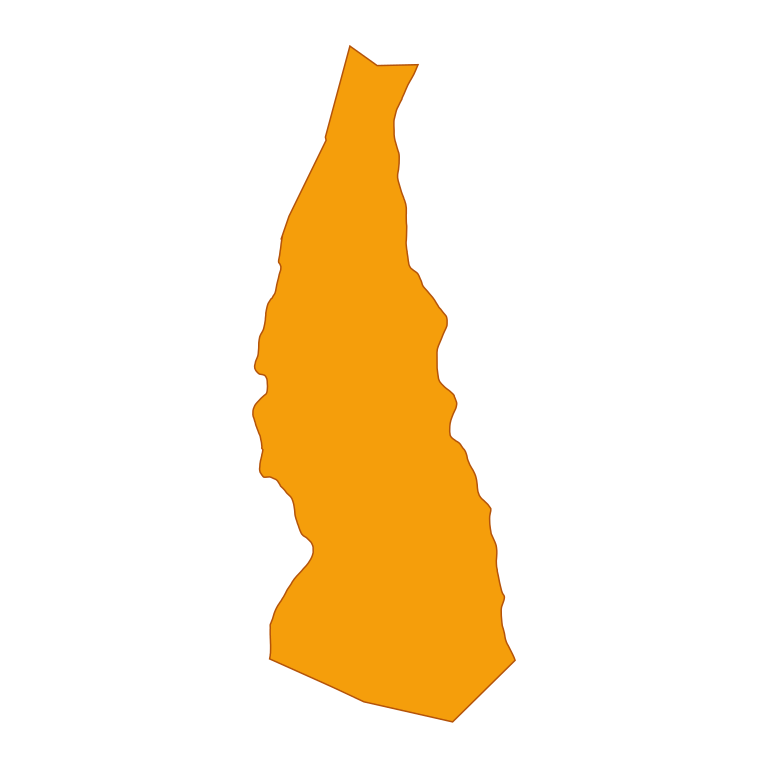 the district of Belle Vue, Choiseul, Saint Lucia
{"feature_id": "8701671B26801747706600", "entity_name": "Belle Vue", "entity_type": "district", "adm_level": 2, "iso_a3": "LCA", "parent_name": "Saint Lucia", "parent_adm1": "Choiseul", "projection": "equal_earth", "projection_center": [-61.036, 13.806], "detail": "fine", "context": "isolated", "style": "filled", "palette": "amber", "viewbox_px": 768, "rotation_deg": 0, "n_neighbors": 0, "source": "geoboundaries", "source_scale": "gbopen_adm2", "svg_char_len": 6119}
<svg xmlns="http://www.w3.org/2000/svg" viewBox="0 0 768 768"><path d="M377.2,65.6L349.9,46.1L325.4,137.1L326.1,140.3L289.0,216.2L281.5,238.0L282.1,237.6L281.8,239.3L281.4,242.1L281.1,244.1L280.9,246.1L280.5,249.2L280.2,250.9L279.6,255.5L279.0,258.5L278.7,259.9L278.6,261.0L278.6,261.9L278.8,262.6L279.8,263.9L280.2,264.7L280.9,266.7L280.8,268.9L280.7,269.9L279.7,272.9L279.2,274.6L278.4,278.3L277.7,280.9L276.8,284.6L275.7,290.6L275.1,292.8L274.5,294.1L273.3,295.8L272.1,298.1L271.0,298.9L268.9,302.2L268.4,303.0L268.0,303.8L267.5,305.3L267.1,306.7L266.5,309.3L266.0,312.1L265.8,313.1L265.8,314.9L265.4,318.4L265.4,319.3L265.2,321.1L265.0,322.0L264.8,323.5L264.0,327.2L263.5,329.1L263.0,330.4L262.1,332.1L260.9,334.1L260.2,335.6L259.7,336.9L259.4,338.6L259.2,339.6L258.8,342.8L258.7,348.0L258.2,354.0L257.8,356.0L257.1,357.8L255.6,361.4L255.2,363.5L254.8,365.0L254.6,366.1L254.7,367.2L254.8,368.3L255.2,369.2L255.5,369.9L256.4,371.3L257.8,372.8L258.6,373.5L259.3,374.0L260.0,374.2L262.5,374.6L263.7,375.0L264.4,375.2L264.8,375.5L265.4,376.1L265.9,376.9L266.7,378.5L266.9,379.1L267.2,380.9L267.3,383.5L267.5,386.2L267.4,388.2L267.2,390.6L267.0,391.7L266.8,392.5L266.3,393.6L265.9,394.1L264.1,395.5L261.0,398.3L257.0,402.6L256.0,403.8L255.5,404.4L254.8,405.6L254.5,406.2L253.4,408.9L253.2,409.9L253.0,410.8L252.9,414.8L253.1,415.7L253.2,416.5L254.0,418.5L254.7,421.1L255.2,422.4L255.7,424.6L256.2,426.1L256.5,426.7L257.1,428.5L258.0,430.7L258.5,432.2L259.0,433.5L260.0,435.6L260.2,436.3L260.4,437.4L260.6,438.3L260.7,439.1L261.4,442.2L261.6,443.7L261.7,445.2L261.9,446.1L261.8,448.3L262.9,449.7L262.4,452.7L261.9,454.5L261.7,455.9L261.5,456.7L260.9,459.3L260.5,460.7L260.2,462.7L260.0,463.7L259.8,466.9L259.6,468.5L259.6,469.4L259.7,470.3L259.8,470.9L260.0,471.6L260.2,472.4L261.1,473.7L261.5,474.5L262.9,476.3L263.2,476.7L263.8,477.1L264.6,477.2L266.0,477.2L266.5,477.1L269.7,476.9L271.1,477.3L273.2,478.3L276.0,479.5L276.6,480.0L277.7,481.1L278.2,482.0L279.9,484.6L280.4,485.8L280.9,486.4L282.9,488.3L284.3,489.8L284.9,490.5L285.8,491.8L286.9,493.2L290.3,496.4L291.1,497.4L291.6,498.2L292.0,498.9L292.9,501.3L293.7,504.2L294.1,506.5L294.6,509.9L295.0,514.7L295.3,516.2L296.0,518.8L296.8,521.1L297.5,523.5L298.3,525.5L299.0,527.7L300.1,530.7L300.7,532.0L301.1,532.9L301.7,534.0L303.0,535.4L303.4,535.8L306.4,537.6L309.3,540.4L311.2,542.4L311.9,543.8L312.7,545.6L313.1,547.1L313.2,552.3L313.1,552.9L312.4,555.4L312.1,556.2L311.6,557.4L310.6,559.4L308.2,563.2L306.3,565.6L303.4,568.7L301.6,570.9L296.7,576.1L294.1,579.2L293.7,579.9L293.3,580.4L292.4,581.7L291.0,584.2L287.5,589.3L286.6,590.9L285.7,592.8L283.6,596.7L282.4,598.5L280.9,601.1L280.4,601.7L280.0,602.3L278.0,605.3L276.8,607.4L275.7,609.6L274.7,612.0L274.1,613.6L272.6,618.7L270.8,623.3L270.5,623.9L270.2,624.9L270.2,625.8L270.3,628.3L270.2,629.2L270.2,634.9L270.3,635.9L270.3,637.5L270.4,639.3L270.5,643.0L270.6,645.0L270.6,648.7L270.5,653.2L270.3,654.1L270.2,655.8L269.6,658.9L331.4,686.6L363.9,701.8L452.6,721.9L515.1,660.3L514.8,659.5L514.1,657.6L512.5,654.1L508.2,645.6L507.9,645.1L507.2,643.9L506.4,642.1L505.5,639.4L505.0,637.1L504.7,635.1L504.4,633.3L503.3,629.0L502.4,626.1L502.2,625.2L502.1,624.2L502.0,623.4L501.9,622.6L501.7,620.4L501.3,615.7L501.2,609.9L501.3,608.8L501.4,607.9L501.7,606.5L503.8,600.6L504.2,599.0L504.4,597.5L504.3,596.3L503.9,595.4L502.8,593.8L502.4,593.0L501.9,591.7L501.6,590.9L500.3,585.6L499.6,582.6L498.2,575.4L497.3,571.4L497.2,569.7L496.6,566.9L496.4,564.0L496.3,560.8L496.5,558.5L496.7,555.8L496.7,554.8L496.8,554.1L496.8,550.8L496.5,547.7L496.2,545.8L495.7,544.1L494.9,542.0L491.4,534.2L491.1,533.4L491.0,532.5L490.9,531.9L490.3,528.3L489.8,524.3L489.7,522.0L489.6,518.6L489.7,516.1L490.2,513.4L490.7,511.2L490.8,510.2L490.8,508.6L489.5,506.7L487.9,504.5L486.8,503.4L485.0,501.7L484.0,500.7L481.7,498.7L480.6,497.4L479.6,495.9L479.2,495.2L477.9,491.5L477.4,487.8L477.2,484.8L476.6,480.2L476.1,477.9L475.6,476.0L474.7,473.7L473.4,471.0L472.7,469.7L471.8,468.3L469.8,464.8L468.7,462.1L468.2,461.0L467.4,458.7L466.9,455.9L466.4,454.2L465.7,452.2L465.4,451.5L464.4,449.8L463.8,449.1L463.2,448.5L461.3,445.8L460.4,444.3L459.8,443.7L459.3,443.1L457.8,442.0L455.4,440.6L454.7,439.9L453.8,439.4L452.4,438.3L451.3,437.2L450.9,436.6L450.4,435.8L450.1,435.0L450.0,434.0L449.7,431.9L449.7,429.6L449.8,426.2L450.1,423.6L450.9,420.1L452.0,417.0L453.2,413.9L455.7,408.6L456.2,407.0L456.4,406.1L456.7,404.2L456.7,403.1L456.5,402.1L455.1,398.3L454.3,396.5L454.1,395.4L453.4,394.5L452.9,393.9L449.5,390.8L446.4,388.5L444.6,387.0L441.6,384.0L439.9,381.9L439.5,381.2L438.8,379.5L438.5,378.5L437.8,373.8L437.2,369.0L437.1,368.0L437.0,352.4L437.3,349.5L437.5,348.6L438.5,345.6L439.2,344.0L439.6,343.0L441.4,338.8L443.1,334.4L444.5,331.3L445.7,328.8L446.1,327.9L446.8,326.1L447.0,325.3L447.1,323.4L447.1,320.2L447.0,319.1L446.6,317.2L446.3,316.4L445.8,315.6L443.1,312.4L441.5,310.3L440.6,309.1L439.6,308.1L438.7,307.0L438.0,305.7L436.1,302.7L434.7,300.3L432.8,297.6L431.7,296.3L429.2,293.4L427.5,291.3L424.5,288.0L423.3,286.5L422.9,285.8L422.4,284.8L422.2,284.2L421.8,282.8L421.3,281.2L420.1,278.6L419.0,275.9L418.3,274.6L417.9,273.9L417.5,273.4L416.7,272.6L414.2,270.8L413.8,270.6L412.5,269.5L411.0,268.4L410.1,267.1L409.4,265.8L408.9,264.4L408.7,263.3L408.6,262.4L408.3,261.0L407.8,256.9L407.1,252.4L407.1,251.5L406.7,249.5L406.6,248.7L406.5,247.7L406.1,243.7L406.1,241.9L406.3,240.2L406.5,236.0L406.7,227.6L406.7,226.0L406.4,223.3L406.3,221.4L406.2,214.7L406.3,213.8L406.3,208.8L406.3,208.0L406.0,205.8L405.7,204.0L404.5,200.1L403.9,198.8L403.7,197.9L402.1,193.8L401.4,191.8L398.2,180.9L397.7,178.3L397.6,177.5L397.6,174.8L397.9,172.7L398.5,169.6L399.1,163.3L399.2,158.5L399.2,156.5L399.1,154.8L398.8,153.0L398.2,151.3L397.1,147.8L395.5,142.1L395.1,140.9L394.5,138.0L394.2,135.5L394.1,134.5L394.1,130.6L393.9,125.6L393.9,121.9L394.0,120.5L394.1,119.6L394.5,118.1L394.9,116.4L396.3,110.8L396.5,110.2L397.2,108.4L398.1,106.7L399.3,104.2L399.8,103.1L401.1,100.6L401.8,99.4L402.2,97.8L404.1,93.7L405.9,89.4L407.9,84.9L410.0,81.1L411.8,78.0L413.8,74.4L415.6,70.4L418.0,64.7L377.2,65.6Z" fill="#f59e0b" stroke="#b45309" stroke-width="1.5"/></svg>